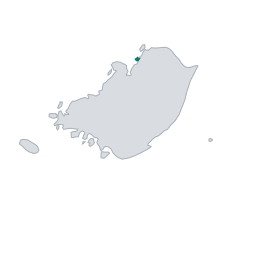 location of Yeonsu-gu, South Korea, rotated 50°
{"feature_id": "91817680B14745943099772", "entity_name": "Yeonsu-gu", "entity_type": "district", "adm_level": 2, "iso_a3": "KOR", "parent_name": "South Korea", "parent_adm1": "", "projection": "equal_earth", "projection_center": [126.672, 37.385], "detail": "fine", "context": "in_parent", "style": "filled", "palette": "teal", "viewbox_px": 256, "rotation_deg": 50, "n_neighbors": 0, "source": "geoboundaries", "source_scale": "gbopen_adm2", "svg_char_len": 3397}
<svg xmlns="http://www.w3.org/2000/svg" viewBox="0 0 256 256"><g transform="rotate(50 128 128)"><path d="M80.7,63.0L81.5,62.4L81.5,61.5L81.5,58.4L83.8,56.3L87.0,52.0L88.6,49.6L90.3,47.4L92.4,46.0L94.5,45.3L97.7,45.0L103.8,45.2L105.0,45.0L109.3,44.8L110.3,45.2L113.4,45.4L116.8,45.1L118.5,44.5L120.1,43.4L121.5,41.5L122.9,37.8L124.5,35.0L125.4,34.5L131.8,49.6L137.9,59.4L143.1,66.6L150.6,80.3L152.8,87.7L153.1,92.3L154.4,98.6L153.4,102.2L153.7,107.9L153.3,110.8L152.4,113.0L152.4,117.1L152.8,119.3L152.8,122.3L153.4,123.4L154.3,123.9L155.6,122.8L157.2,122.3L157.0,125.9L155.1,134.9L153.4,141.4L151.2,147.1L148.2,152.4L144.6,154.4L142.1,155.2L137.3,155.4L133.3,154.5L129.8,155.2L128.4,156.3L127.4,158.1L128.2,161.1L128.1,163.2L126.6,163.0L123.7,161.8L120.5,161.6L118.9,161.0L117.4,157.9L115.8,158.0L113.1,159.9L109.0,160.3L107.5,161.2L107.0,162.5L107.6,164.1L109.7,166.2L109.0,168.4L106.9,169.5L105.1,166.8L104.0,164.2L102.8,164.1L100.9,164.8L100.5,167.6L101.4,169.5L102.8,171.7L100.8,174.3L100.3,176.1L98.8,177.4L94.8,174.5L95.4,172.4L97.1,170.5L97.3,168.4L96.7,167.2L91.1,172.4L87.6,178.2L85.7,177.8L84.9,176.3L83.8,175.7L80.0,179.5L79.4,182.4L78.0,182.6L77.4,181.3L77.3,178.6L76.7,176.3L72.7,173.0L71.0,170.1L71.9,168.4L75.2,169.3L77.8,169.2L77.3,167.8L76.4,167.2L78.2,166.4L79.6,164.8L78.4,164.4L76.6,165.3L75.1,164.8L74.5,161.0L72.6,157.1L71.7,153.3L73.5,151.2L74.4,147.8L76.1,142.9L77.0,141.3L79.3,140.2L80.1,138.9L78.9,138.2L76.8,137.7L76.9,136.3L78.3,135.5L79.8,133.9L82.8,132.1L83.8,128.5L82.9,127.6L81.0,126.8L81.4,125.0L82.2,123.6L81.9,122.8L79.7,120.5L78.2,118.4L78.7,116.0L78.3,112.3L78.5,109.3L78.4,107.6L77.4,103.9L76.9,100.2L75.5,100.8L74.3,101.7L70.2,100.4L68.9,100.3L68.4,97.5L69.9,94.1L73.3,91.1L75.3,90.8L76.9,89.5L79.2,89.0L82.0,91.1L84.6,91.5L86.0,95.0L86.8,95.7L87.0,94.4L89.1,92.9L89.6,91.8L89.1,91.2L86.8,90.5L84.6,86.2L84.3,84.3L83.6,83.1L84.7,79.6L82.3,75.7L81.1,74.4L81.3,70.9L80.0,68.6L79.3,67.4L78.9,65.2L79.2,64.3L80.3,63.9L80.7,63.0ZM72.5,220.8L71.3,221.5L70.2,221.1L69.9,220.7L68.6,218.7L68.3,217.7L69.2,215.7L72.8,212.4L82.3,209.3L84.0,209.2L87.7,210.5L88.5,213.0L87.8,215.2L87.0,216.6L82.6,219.1L79.3,220.2L72.5,220.8ZM135.9,165.7L133.5,167.8L130.1,165.0L129.3,163.4L131.8,161.0L134.0,158.4L135.4,158.2L135.9,165.7ZM118.2,165.4L117.9,168.8L116.1,169.0L115.0,166.8L113.8,167.9L113.2,167.9L112.2,165.2L112.1,163.1L114.3,161.4L115.6,162.4L117.5,162.9L118.2,165.4ZM70.1,180.6L68.4,181.1L67.5,179.9L66.8,179.6L67.2,178.0L70.0,174.9L70.5,173.9L73.0,174.5L74.0,176.2L72.8,178.7L70.1,180.6ZM77.8,64.6L77.6,69.1L76.2,68.9L75.2,68.4L74.8,67.5L73.8,63.4L74.9,61.6L77.1,63.0L77.8,64.6ZM68.5,168.0L68.2,168.9L67.0,168.6L65.9,166.2L65.4,164.3L64.2,163.3L66.1,161.6L68.5,164.6L68.5,168.0ZM75.0,107.1L74.7,109.3L73.0,107.9L72.5,103.0L74.2,104.4L75.0,107.1ZM191.3,73.4L190.2,74.4L188.8,73.4L188.6,72.3L189.3,71.4L191.0,70.8L191.8,71.6L191.3,73.4ZM83.8,181.5L84.2,183.2L82.1,182.9L81.0,181.3L81.1,179.9L82.4,179.7L83.8,181.5ZM111.2,172.1L111.0,173.2L109.6,171.5L110.9,169.7L111.2,172.1Z" fill="#d9dde1" stroke="#a8b0b8" stroke-width="1"/><path d="M80.8,75.4L80.2,75.3L80.2,77.7L80.0,77.8L80.0,78.0L80.3,78.0L81.7,78.2L82.2,77.6L82.6,77.3L82.9,76.8L82.8,76.6L82.4,76.5L82.0,76.5L81.6,76.3L81.6,76.2L81.8,76.1L82.0,76.0L82.1,75.8L82.2,75.5L82.4,75.2L82.3,74.9L82.2,75.1L81.8,75.3L81.6,75.5L81.2,75.5L80.9,75.4L80.8,75.4Z" fill="#14b8a6" stroke="#0f766e" stroke-width="1.5"/></g></svg>